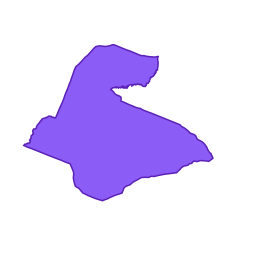 Angkor Chum, Siemréab, Cambodia (orthographic projection), rotated 22°
{"feature_id": "14789045B56044752523155", "entity_name": "Angkor Chum", "entity_type": "district", "adm_level": 2, "iso_a3": "KHM", "parent_name": "Cambodia", "parent_adm1": "Siemréab", "projection": "orthographic", "projection_center": [103.697, 13.721], "detail": "fine", "context": "isolated", "style": "filled", "palette": "violet", "viewbox_px": 256, "rotation_deg": 22, "n_neighbors": 0, "source": "geoboundaries", "source_scale": "gbopen_adm2", "svg_char_len": 5081}
<svg xmlns="http://www.w3.org/2000/svg" viewBox="0 0 256 256"><g transform="rotate(22 128 128)"><path d="M197.7,139.8L197.9,139.0L198.4,138.0L199.7,137.4L200.4,136.8L201.1,134.6L202.3,133.6L204.4,133.4L205.6,132.5L207.5,131.0L210.3,130.1L213.4,129.1L215.4,128.7L216.1,127.6L217.2,125.7L218.1,124.5L217.6,123.6L216.1,122.2L214.8,121.3L214.6,120.6L213.2,120.3L211.6,119.4L210.0,118.1L208.2,116.3L206.0,114.8L203.9,113.7L202.1,113.1L200.3,112.8L198.8,112.7L197.3,112.6L196.0,112.1L194.6,110.8L193.7,109.9L191.4,109.2L190.8,109.4L188.9,109.4L186.9,109.3L185.9,108.6L183.0,107.6L180.9,107.0L178.9,106.7L176.9,106.5L174.9,105.5L159.6,105.5L149.5,105.5L146.3,105.5L136.0,105.7L134.3,105.6L131.9,105.2L130.4,105.7L127.1,106.0L124.1,105.8L120.4,105.9L116.2,105.7L112.9,105.6L111.4,105.7L110.8,104.0L110.1,102.1L108.2,101.6L105.4,101.6L103.6,101.4L101.3,100.1L99.6,99.3L98.2,98.8L97.5,98.7L97.9,97.8L98.2,97.2L98.8,96.7L98.8,96.4L99.5,96.1L100.0,95.8L100.3,95.7L101.0,95.2L101.0,94.8L101.3,94.9L101.6,95.2L102.0,95.1L101.9,94.7L102.3,94.2L102.5,93.9L102.9,94.2L103.4,94.4L103.9,94.5L104.3,94.6L104.5,94.0L104.6,93.6L104.9,93.4L105.5,93.2L105.8,93.3L106.2,93.5L106.4,93.2L106.8,92.7L107.1,92.5L107.2,92.2L106.9,91.9L106.8,91.6L107.0,91.3L107.4,91.4L107.8,91.8L108.1,92.1L108.4,92.7L108.9,92.4L109.0,92.0L108.6,91.7L108.5,91.1L109.0,91.1L109.7,91.2L109.6,91.5L109.8,92.2L110.1,92.0L110.7,91.8L110.6,91.3L111.2,91.0L111.7,91.3L112.1,91.5L112.3,91.1L112.0,90.5L111.5,90.3L111.2,89.8L111.4,89.4L112.1,89.4L112.8,89.3L112.8,88.9L112.5,88.5L112.9,88.0L113.2,87.7L113.4,87.5L113.9,87.2L114.2,86.9L114.7,86.5L115.3,86.7L115.7,87.1L115.9,87.5L116.2,87.1L116.6,86.8L116.7,86.3L116.5,86.0L117.0,85.8L117.3,85.4L117.7,84.8L118.2,84.8L118.7,85.2L119.1,85.0L119.5,84.6L119.9,84.3L120.1,83.9L120.2,83.6L120.7,83.7L121.3,83.4L121.6,83.4L122.4,83.6L123.1,83.4L123.2,83.1L123.5,82.5L123.8,82.4L124.3,82.9L124.9,83.2L125.4,83.4L125.9,83.7L126.7,83.6L127.1,83.5L127.6,83.4L128.1,83.1L128.5,83.0L128.6,82.6L128.5,82.2L128.5,81.9L128.9,81.6L128.9,81.0L128.8,80.5L128.5,80.2L128.5,79.6L129.1,79.2L129.5,79.2L129.8,79.1L130.0,78.9L130.0,78.5L130.1,77.8L130.3,77.3L130.5,76.5L130.1,76.1L130.1,75.7L130.2,75.3L130.2,75.0L130.1,74.5L130.1,73.9L130.1,73.6L130.3,73.2L130.2,72.7L130.1,72.4L130.5,72.1L131.0,72.1L131.2,71.7L131.3,71.3L131.7,70.8L132.0,70.6L132.1,70.2L132.2,69.7L132.5,69.1L132.4,68.6L132.4,68.2L132.2,67.8L132.7,67.7L132.9,67.2L133.0,66.7L132.7,66.5L132.4,66.3L132.5,65.9L133.0,65.6L132.9,65.2L132.6,64.7L132.7,64.4L133.0,64.0L132.6,63.7L132.9,63.3L133.5,63.0L133.1,61.7L132.8,60.3L131.9,57.2L131.2,55.6L130.2,54.2L129.4,52.2L129.2,50.4L128.8,50.5L126.9,51.8L125.3,52.6L123.9,52.9L122.3,53.5L120.5,54.0L118.0,54.6L115.4,55.0L113.5,55.9L110.5,56.0L105.4,55.9L101.3,55.9L97.1,56.1L93.5,56.1L89.5,56.1L85.7,56.0L83.9,56.1L83.0,56.3L81.5,57.4L80.2,58.6L78.2,60.0L77.1,60.5L76.1,61.0L73.9,61.6L71.1,62.4L68.8,63.7L67.5,64.9L66.5,66.9L65.6,69.6L64.5,72.6L63.4,75.7L61.9,78.2L60.9,80.9L59.6,84.5L58.1,88.1L56.7,90.7L56.5,94.1L56.7,97.8L56.9,100.7L56.9,101.2L57.0,104.7L57.1,105.3L57.2,106.3L57.2,107.1L57.1,108.1L57.0,108.9L57.1,109.3L57.2,112.1L57.3,114.1L57.2,115.7L57.2,116.9L57.2,117.9L57.2,119.7L57.3,122.1L57.5,125.7L57.5,129.0L57.3,132.9L57.2,135.8L57.2,138.2L57.2,141.7L57.1,143.8L57.1,145.2L56.8,145.9L56.1,145.9L55.3,146.0L54.6,146.0L54.1,146.1L53.6,146.6L52.9,146.4L52.4,146.0L51.9,146.1L51.4,146.4L50.4,146.5L50.0,146.7L49.7,147.4L49.4,147.7L48.9,148.4L48.8,148.7L48.1,148.8L47.8,149.2L47.5,149.8L47.2,149.9L46.4,150.4L45.9,151.0L45.6,151.2L45.2,151.6L44.7,152.6L44.7,153.3L44.9,153.7L44.5,153.9L44.2,154.4L44.1,155.0L44.0,155.4L43.9,156.0L44.0,156.6L43.5,157.1L43.3,158.0L43.1,158.7L42.8,159.3L42.8,160.2L42.7,161.0L42.9,162.1L42.7,163.3L42.1,163.7L41.4,164.0L40.9,164.3L40.9,164.8L40.7,165.4L40.7,165.9L41.1,167.0L41.4,167.5L42.1,168.2L42.4,168.5L42.5,168.8L42.0,169.0L41.9,169.3L42.0,170.3L41.8,170.6L41.4,170.9L41.1,171.1L41.3,171.7L41.3,172.5L41.5,172.8L41.9,173.7L42.1,174.2L41.6,174.7L41.5,175.3L41.8,175.8L41.4,176.2L41.8,176.5L42.1,176.7L42.4,177.0L42.6,177.4L42.4,177.8L42.2,178.5L42.0,179.2L41.3,179.3L40.8,179.4L40.6,180.1L40.3,180.2L39.9,180.5L39.6,180.9L39.3,181.2L39.0,181.4L38.6,181.5L38.3,181.9L38.1,182.4L38.0,182.7L37.9,183.2L39.0,183.2L40.3,183.4L42.8,183.4L46.7,183.2L51.5,183.2L55.4,183.2L58.7,183.2L62.9,183.2L71.8,183.1L78.7,182.9L79.4,183.0L81.7,183.1L84.7,183.0L88.1,183.0L89.5,184.7L90.9,186.0L92.5,187.7L93.8,189.0L94.7,190.6L95.1,191.7L95.5,193.0L95.8,194.2L96.6,195.8L98.1,198.0L99.6,200.0L101.0,201.7L102.6,202.1L105.1,202.3L106.9,203.3L108.4,204.2L109.6,204.7L110.4,205.2L112.0,205.2L115.9,205.6L119.6,205.6L124.0,205.6L127.1,205.4L130.9,205.0L131.6,205.0L132.4,204.1L136.0,200.9L136.9,199.6L139.8,196.7L141.6,194.9L145.8,191.5L146.8,190.6L146.8,184.9L147.8,183.0L149.8,181.1L151.3,179.7L152.8,176.5L156.4,172.1L159.1,168.8L162.6,167.2L165.6,166.1L167.7,164.0L170.7,163.0L174.1,160.5L179.2,157.2L183.7,154.7L188.0,152.3L189.9,151.2L190.8,148.8L191.8,146.9L192.3,144.9L194.0,142.5L197.0,140.4L197.7,139.8Z" fill="#8b5cf6" stroke="#5b21b6" stroke-width="1.5"/></g></svg>